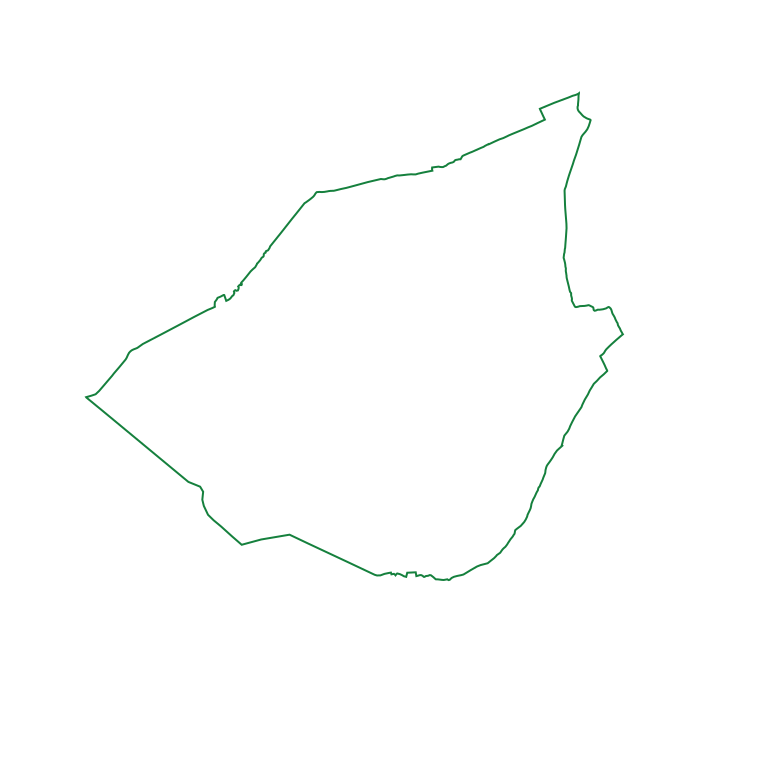 Dolhesti, Suceava, Romania, rotated 70°
{"feature_id": "2599482B42758921432370", "entity_name": "Dolhesti", "entity_type": "district", "adm_level": 2, "iso_a3": "ROU", "parent_name": "Romania", "parent_adm1": "Suceava", "projection": "albers", "projection_center": [26.513, 47.438], "detail": "fine", "context": "isolated", "style": "outline", "palette": "green", "viewbox_px": 768, "rotation_deg": 70, "n_neighbors": 0, "source": "geoboundaries", "source_scale": "gbopen_adm2", "svg_char_len": 6163}
<svg xmlns="http://www.w3.org/2000/svg" viewBox="0 0 768 768"><g transform="rotate(70 384 384)"><path d="M186.9,396.8L188.8,399.9L194.0,408.4L197.3,413.9L206.3,428.4L215.7,443.9L217.1,445.1L218.7,447.2L218.8,448.1L218.7,449.1L219.1,449.9L220.0,450.2L220.2,451.1L220.3,451.8L220.8,452.5L221.9,453.0L222.6,453.3L223.1,453.9L223.5,455.7L225.3,458.0L226.2,459.6L227.0,461.0L227.4,462.1L228.0,462.5L230.2,465.1L231.3,468.0L232.0,469.6L232.6,470.9L236.1,476.6L238.5,480.7L239.9,483.4L240.6,484.1L241.5,483.4L242.3,484.1L241.6,486.0L242.5,487.7L243.5,487.5L244.8,488.1L246.1,489.3L245.9,490.8L245.0,491.6L245.1,492.4L245.7,493.4L247.3,493.5L249.1,495.2L249.4,496.5L251.1,499.2L251.7,501.3L251.9,503.8L245.8,503.7L245.5,504.3L246.0,507.7L246.1,510.3L246.1,510.9L247.4,512.3L249.1,514.9L252.1,516.2L253.6,516.5L253.9,519.3L254.1,524.4L256.0,539.2L258.6,557.6L259.7,565.6L261.3,577.2L263.9,596.9L265.7,603.4L265.8,605.3L265.8,606.8L265.9,608.3L266.1,609.7L266.7,611.4L267.5,612.9L269.2,614.8L271.3,616.8L272.6,618.4L277.7,627.1L281.7,634.2L283.3,636.7L286.9,643.1L290.7,649.8L293.1,654.1L295.0,658.5L294.9,663.0L294.5,668.4L294.9,668.3L318.1,654.6L364.7,627.3L409.1,601.3L417.6,591.9L423.4,590.8L430.6,594.3L436.9,595.0L446.7,594.1L453.8,590.7L462.2,585.8L475.4,578.8L486.4,572.7L488.1,552.6L493.3,524.3L507.3,510.5L539.9,478.0L560.1,458.0L561.5,456.1L562.6,452.9L562.6,448.4L563.3,443.6L563.6,442.0L565.4,442.1L565.6,440.8L565.8,439.6L567.3,438.7L567.7,438.6L566.6,436.8L566.6,436.3L568.1,434.1L569.8,432.4L571.5,431.0L572.8,429.1L569.3,426.7L571.8,418.6L575.6,419.3L575.8,417.2L575.8,416.1L576.2,414.6L577.3,413.4L578.8,412.6L579.1,411.8L578.8,410.6L578.9,409.8L579.3,408.2L579.2,406.4L579.8,405.3L582.5,403.6L585.2,402.2L586.1,400.0L587.9,396.5L588.6,394.9L589.2,391.3L590.3,390.5L590.5,389.3L589.4,386.8L589.1,384.2L589.4,380.9L590.0,376.9L590.2,374.5L589.8,372.4L588.5,365.9L587.3,359.0L587.2,355.1L587.9,347.9L586.5,343.8L585.3,340.1L584.0,337.4L583.4,336.5L582.3,332.5L580.8,330.4L579.9,329.0L579.2,327.5L578.5,325.6L576.9,323.1L575.8,321.8L574.8,320.4L573.2,318.3L572.2,316.6L571.3,315.1L570.4,314.1L569.5,312.7L568.8,312.2L567.0,311.2L566.2,310.6L565.5,308.6L564.1,304.0L561.6,299.4L559.7,297.0L557.5,294.8L556.1,293.9L554.5,292.3L552.5,290.2L551.0,288.8L549.5,287.8L547.0,286.4L545.5,285.1L543.5,283.3L541.6,281.1L538.0,277.6L536.7,276.0L536.2,275.5L535.7,275.3L534.8,274.7L534.0,273.9L533.7,273.1L533.1,272.4L531.4,270.9L528.1,267.6L526.6,266.4L524.6,264.6L523.0,263.1L521.9,262.5L520.2,261.7L518.0,260.2L516.9,259.3L515.8,258.0L513.7,254.8L512.0,252.4L510.5,250.4L508.0,247.6L505.7,244.2L504.4,241.1L503.0,237.6L502.4,238.0L501.7,237.4L497.4,234.5L494.2,232.2L491.5,227.7L489.3,225.2L487.2,223.4L484.1,220.2L479.8,215.5L473.3,206.4L471.3,204.7L467.3,200.6L463.6,196.0L460.4,192.8L458.0,189.7L455.6,186.8L453.9,182.9L451.7,178.7L450.1,174.3L448.1,169.8L447.8,169.7L447.5,169.7L445.1,170.0L441.7,170.2L438.8,170.5L431.8,171.3L431.6,171.1L431.4,170.4L431.3,169.6L430.4,167.3L429.9,166.5L428.3,164.6L427.4,163.2L425.9,160.0L424.5,156.8L422.2,151.1L419.8,144.8L419.0,142.5L418.2,142.7L416.1,143.0L415.2,143.2L413.6,143.3L412.6,143.3L410.3,143.8L408.8,144.0L407.8,143.9L406.8,143.7L405.2,144.1L404.1,144.2L402.5,144.4L401.7,144.4L400.9,144.4L399.9,144.5L398.6,144.7L396.1,145.2L395.3,145.2L393.8,145.1L392.1,145.0L390.6,145.2L390.0,145.5L389.0,146.0L388.5,146.5L388.5,147.0L388.5,147.7L388.9,149.3L388.8,150.9L388.7,152.5L388.3,154.4L387.8,156.5L387.3,157.5L387.3,158.1L387.4,159.9L387.2,161.0L386.5,161.5L386.0,161.6L383.8,161.2L383.5,161.3L383.0,161.6L381.9,162.7L380.3,164.2L379.9,164.8L379.8,165.4L379.6,166.9L379.2,168.9L378.1,172.4L377.8,173.5L377.8,174.6L377.6,176.4L377.4,177.3L377.0,177.9L376.3,178.2L374.8,178.4L372.5,178.7L370.1,179.0L369.5,178.9L369.2,178.8L369.0,178.6L368.5,178.3L367.5,178.1L366.6,178.0L365.2,177.9L364.2,177.7L363.6,177.4L363.0,177.2L362.5,177.1L362.0,177.3L361.1,177.6L360.6,177.6L359.3,177.5L355.7,177.0L347.2,176.1L345.7,175.8L344.6,175.4L343.9,175.3L342.1,174.9L340.3,174.6L339.1,174.2L338.0,173.7L337.2,173.5L335.9,173.4L333.7,172.8L332.1,172.5L328.3,172.1L327.3,172.1L326.5,171.9L325.8,171.5L323.4,170.3L322.2,169.4L320.9,168.8L319.0,167.9L318.2,167.3L314.4,165.6L310.9,164.0L307.8,162.6L300.1,159.2L295.9,157.8L292.3,156.8L281.8,153.9L277.8,152.7L264.1,148.2L262.8,147.5L260.6,145.5L257.9,143.7L255.9,142.3L251.5,139.0L249.6,137.5L241.8,131.2L239.0,129.1L234.2,125.1L225.8,118.7L221.4,115.5L219.4,114.0L219.2,113.8L218.8,113.3L218.0,112.2L217.7,111.7L215.7,108.1L214.9,107.0L214.3,106.0L211.8,103.5L209.0,101.3L206.7,99.6L206.1,99.8L204.2,102.1L203.5,102.8L200.9,104.9L199.3,105.7L196.0,107.0L194.5,107.7L192.7,108.0L191.1,107.8L189.6,107.2L188.6,106.4L187.4,106.0L183.2,104.0L180.7,103.0L179.8,102.6L178.9,102.3L178.0,101.6L177.5,101.4L177.7,102.0L177.9,104.1L177.9,105.5L177.7,108.0L177.9,113.0L177.9,114.8L178.0,127.8L178.7,143.4L179.7,143.4L182.8,143.1L186.5,142.8L190.6,142.4L191.1,147.9L191.3,150.2L192.0,157.0L192.1,160.7L192.4,165.4L192.7,173.2L192.9,178.1L193.1,181.8L193.3,183.4L193.7,187.8L193.6,191.7L194.0,197.2L194.6,203.6L194.3,203.7L194.8,207.7L195.2,209.3L195.3,212.1L195.5,215.1L196.0,222.2L196.0,223.8L196.4,230.3L196.5,231.5L196.7,232.4L197.3,233.2L198.1,234.1L198.6,234.7L199.0,235.2L198.6,236.2L198.5,236.8L198.4,237.2L198.4,237.8L198.3,238.4L198.2,238.6L198.2,239.0L198.0,239.8L198.1,240.8L199.1,242.5L199.2,243.1L199.2,244.3L199.0,245.6L199.0,247.3L199.2,248.6L199.7,250.0L200.0,250.7L200.1,251.3L200.1,252.4L200.2,253.2L200.3,253.7L200.3,254.4L199.8,255.8L199.2,257.1L198.4,258.4L197.0,264.7L198.6,265.4L200.1,265.6L198.6,275.4L198.0,280.0L197.9,282.4L197.1,284.7L196.2,286.8L195.3,290.1L194.5,293.5L193.7,296.7L193.3,298.3L192.5,300.2L192.4,301.3L192.3,302.3L192.3,304.0L192.0,308.7L191.9,309.7L192.0,311.5L191.9,313.1L191.4,314.6L190.3,316.8L188.7,330.3L187.6,343.6L187.1,349.4L186.8,352.6L186.1,357.5L185.4,364.1L185.2,365.3L184.3,368.0L183.8,370.2L183.7,371.0L183.1,374.3L182.4,376.7L181.3,379.3L181.1,380.2L180.7,381.3L180.9,382.1L181.6,383.3L182.9,384.9L183.5,385.9L183.9,386.7L184.9,389.5L185.6,391.7L186.1,393.5L186.7,395.6L186.9,396.8Z" fill="none" stroke="#15803d" stroke-width="2"/></g></svg>